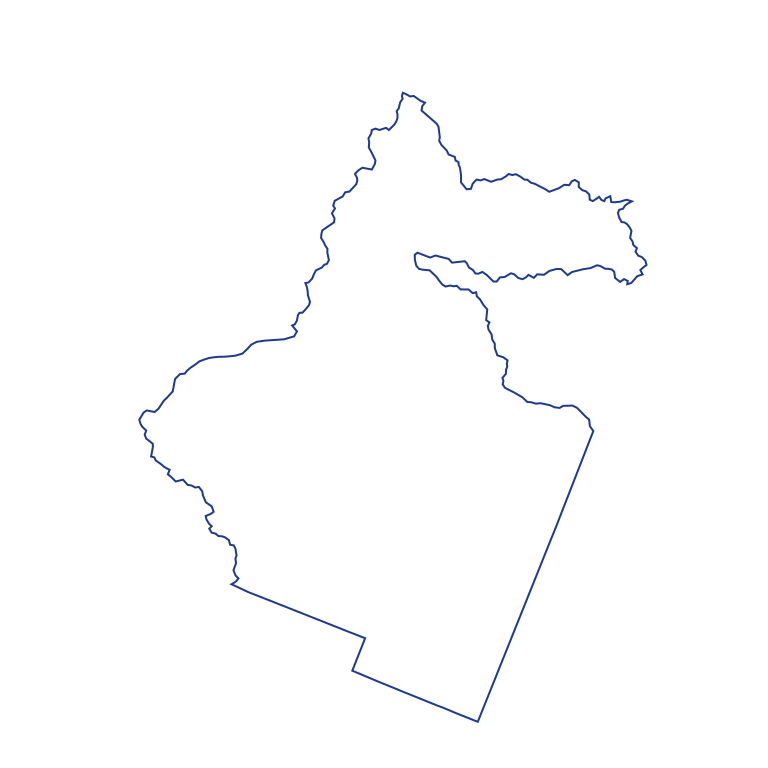 Presidente Médici, Rondônia, Brazil (Mercator projection), rotated 112°
{"feature_id": "56859067B10232029325302", "entity_name": "Presidente Médici", "entity_type": "district", "adm_level": 2, "iso_a3": "BRA", "parent_name": "Brazil", "parent_adm1": "Rondônia", "projection": "mercator", "projection_center": [-61.989, -11.194], "detail": "fine", "context": "isolated", "style": "outline", "palette": "blue", "viewbox_px": 768, "rotation_deg": 112, "n_neighbors": 0, "source": "geoboundaries", "source_scale": "gbopen_adm2", "svg_char_len": 4486}
<svg xmlns="http://www.w3.org/2000/svg" viewBox="0 0 768 768"><g transform="rotate(112 384 384)"><path d="M551.1,528.2L550.2,524.5L550.7,520.3L548.8,517.1L551.6,512.3L555.3,510.0L560.4,504.9L562.0,497.9L566.3,494.1L569.4,496.0L573.2,499.9L576.0,497.9L578.9,494.2L580.4,490.5L583.6,491.8L586.4,488.1L585.8,484.1L587.0,480.7L585.9,477.2L585.7,474.1L586.9,469.3L590.7,466.4L589.9,462.8L592.4,460.0L598.4,456.4L601.5,456.4L605.5,454.1L613.1,453.8L617.2,449.8L618.8,446.1L622.8,447.4L626.8,450.4L627.8,431.6L627.5,398.2L627.0,323.8L626.8,306.3L635.7,306.2L661.7,306.0L662.0,285.0L662.1,279.2L662.2,251.8L662.2,213.7L662.0,208.8L662.2,193.7L662.1,170.5L545.5,170.8L471.4,171.0L451.2,171.0L349.2,172.3L345.9,177.4L340.1,180.5L338.9,184.4L333.8,196.1L333.4,201.2L337.2,209.8L340.4,212.2L341.7,217.2L341.5,222.2L343.2,231.8L345.3,235.7L345.8,240.9L347.0,244.3L344.5,250.7L343.0,261.3L342.6,267.2L342.1,270.6L339.8,273.9L336.4,274.4L334.0,276.5L329.0,274.8L324.9,276.2L321.7,276.2L319.2,277.7L315.8,278.3L314.5,283.5L315.0,289.6L309.2,294.7L305.1,296.4L302.2,300.3L297.8,302.8L294.4,307.5L291.1,309.5L287.4,309.3L286.5,313.2L276.2,316.2L273.7,321.1L269.6,326.7L267.9,330.8L264.4,332.9L266.5,335.8L264.7,341.0L267.6,348.5L265.7,353.3L267.3,356.1L267.9,359.5L270.6,363.5L269.9,367.2L267.7,371.3L264.9,375.7L261.5,384.3L263.6,391.2L264.1,394.7L262.2,398.4L257.3,401.9L252.6,403.9L249.7,402.1L249.5,388.6L245.6,384.4L243.8,370.9L246.0,366.4L239.9,355.1L241.0,352.4L244.2,348.8L245.0,344.3L247.3,340.6L246.4,337.9L243.2,334.7L244.5,329.4L248.0,320.9L246.8,317.9L241.8,316.5L239.6,312.3L237.1,310.3L233.8,307.8L233.5,304.4L235.4,299.2L234.9,294.8L232.0,292.4L228.7,290.9L229.4,284.8L224.9,283.0L222.8,276.6L217.2,273.0L212.6,267.0L211.1,262.7L214.3,254.5L209.7,251.6L203.0,242.4L199.2,236.0L194.1,230.9L193.6,227.6L194.3,222.3L193.2,219.3L192.5,215.5L193.8,212.5L199.1,209.5L200.9,203.3L196.8,200.7L197.1,196.7L200.4,195.8L197.6,192.5L189.2,189.6L185.5,185.3L182.3,189.0L178.8,187.3L175.3,185.2L171.7,187.9L169.7,192.7L169.8,196.3L167.1,200.4L163.3,200.4L161.7,204.9L158.7,207.0L156.4,210.5L149.2,212.0L146.6,215.2L144.7,218.6L144.1,221.5L144.8,224.4L141.9,228.0L137.7,231.2L134.4,231.2L131.9,228.0L128.7,227.5L125.7,225.9L121.8,222.6L122.2,227.8L124.0,230.4L126.5,233.3L128.9,237.8L130.2,241.4L125.1,244.6L128.9,248.1L132.0,248.3L131.9,251.3L129.9,254.7L132.8,256.5L136.2,258.9L136.0,262.3L131.3,264.7L129.7,269.1L130.0,272.7L128.4,277.2L124.1,278.9L123.3,283.5L125.7,285.8L130.3,286.8L131.8,291.5L137.2,295.4L141.2,299.9L143.9,302.8L143.0,307.2L141.9,319.2L142.3,323.4L140.9,327.6L141.9,330.4L140.6,335.5L140.1,340.3L142.2,343.4L142.6,347.1L145.7,348.7L150.4,352.2L151.8,355.3L156.4,360.5L156.4,367.8L159.0,370.6L159.8,374.8L165.1,376.8L170.5,376.5L172.5,380.4L168.2,388.1L161.3,390.9L155.0,394.6L152.9,396.8L150.3,398.1L150.0,401.4L146.9,403.4L147.0,410.1L144.1,413.2L140.9,420.2L137.9,423.9L134.3,424.7L125.1,429.8L122.9,432.7L116.4,451.6L112.0,452.6L107.8,451.4L107.7,456.5L105.8,464.3L107.6,467.6L107.0,472.0L106.9,475.6L110.2,475.3L112.6,473.6L116.9,474.5L122.9,473.6L126.3,474.5L128.9,472.5L132.6,471.1L136.2,471.0L139.5,471.6L146.7,474.6L145.7,478.0L147.7,480.4L150.2,483.4L150.4,487.5L153.1,490.5L156.5,489.7L162.2,490.4L165.4,488.3L170.4,486.7L173.4,483.0L176.9,479.0L179.9,475.7L183.2,474.9L189.7,475.6L191.6,485.1L195.5,487.8L200.1,489.6L202.8,486.4L205.5,484.9L209.2,484.6L218.5,488.1L220.8,491.8L225.5,492.5L228.4,494.9L232.6,498.3L237.7,497.9L239.6,495.2L245.3,496.2L248.9,492.0L252.7,490.8L264.6,498.7L268.0,498.3L272.1,497.1L275.1,493.0L277.5,490.5L279.9,487.0L283.2,485.9L289.8,481.5L293.9,481.9L295.9,484.1L299.3,485.3L304.2,489.7L308.7,490.1L313.2,490.1L318.1,492.0L319.9,494.7L323.4,491.5L327.0,489.3L330.2,487.8L335.6,483.4L339.1,483.1L344.2,484.7L348.4,486.3L349.7,489.1L352.5,489.6L357.7,488.5L362.0,489.0L364.2,491.1L367.8,484.4L373.5,485.2L380.0,493.4L388.7,511.3L392.6,517.8L397.2,521.8L402.6,523.8L408.9,526.7L413.4,532.4L415.5,536.3L418.2,541.6L420.9,547.9L423.4,552.5L425.3,555.8L428.9,560.1L432.1,563.6L437.2,566.6L441.4,569.5L445.7,571.7L449.0,572.6L451.2,576.9L457.7,579.6L470.0,577.1L478.8,580.4L481.9,581.9L491.3,583.8L495.9,586.2L497.4,594.1L500.6,596.2L505.4,597.0L508.9,597.5L512.1,594.9L514.1,592.3L516.3,587.0L520.6,586.9L523.7,584.1L524.7,580.3L526.1,575.9L529.4,574.6L538.5,572.8L538.1,569.4L540.4,567.0L541.9,560.6L543.3,556.4L543.9,550.6L548.7,550.6L549.9,546.6L552.4,540.6L548.0,534.5L551.1,528.2Z" fill="none" stroke="#1e3a8a" stroke-width="2"/></g></svg>